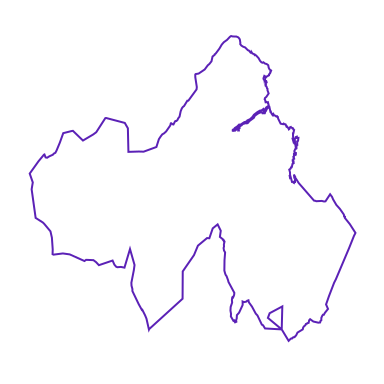 outline of Skien nor, Telemark, Norway, rotated 267°
{"feature_id": "86288312B28765776683305", "entity_name": "Skien nor", "entity_type": "district", "adm_level": 2, "iso_a3": "NOR", "parent_name": "Norway", "parent_adm1": "Telemark", "projection": "robinson", "projection_center": [9.524, 59.266], "detail": "fine", "context": "isolated", "style": "outline", "palette": "violet", "viewbox_px": 384, "rotation_deg": 267, "n_neighbors": 0, "source": "geoboundaries", "source_scale": "gbopen_adm2", "svg_char_len": 6047}
<svg xmlns="http://www.w3.org/2000/svg" viewBox="0 0 384 384"><g transform="rotate(267 192 192)"><path d="M259.3,76.3L259.2,75.1L257.5,66.5L248.2,62.6L240.5,58.9L238.3,57.6L237.5,55.9L236.5,55.0L235.1,51.4L233.8,49.1L234.2,47.6L237.2,46.6L237.0,46.1L230.7,40.3L218.9,30.9L209.9,33.5L203.1,32.0L174.3,34.5L169.4,41.4L168.0,42.7L160.1,48.6L153.7,49.7L141.9,49.9L137.2,49.5L136.7,50.4L137.4,59.8L136.1,66.6L128.7,81.0L129.8,82.7L129.1,90.0L127.0,92.5L123.8,95.2L127.7,109.1L123.5,110.7L121.3,112.4L120.8,113.6L120.9,117.1L120.0,120.6L138.3,127.1L122.1,130.8L116.9,129.8L104.5,126.7L101.6,126.7L98.2,127.4L96.2,127.3L82.8,132.9L76.8,135.8L77.0,136.2L71.3,138.7L67.9,139.9L56.9,141.8L57.3,142.0L85.9,177.0L113.2,178.6L128.9,190.7L138.1,195.1L145.2,204.6L144.9,206.9L154.6,210.8L158.3,215.9L151.8,218.7L145.7,217.5L143.4,220.1L142.7,220.3L142.6,220.8L141.6,221.1L141.9,221.3L140.8,221.9L138.0,221.1L135.8,221.1L134.4,220.6L131.9,220.9L129.9,221.9L122.3,220.9L111.8,220.2L108.6,220.9L107.2,221.4L106.2,222.1L102.0,223.4L100.3,223.7L89.1,229.0L87.1,228.7L85.4,228.0L84.4,227.4L84.9,226.9L84.7,226.7L82.2,226.2L79.5,226.3L75.2,224.6L71.6,224.2L68.3,224.6L65.7,224.3L61.2,226.6L61.6,227.3L59.6,228.2L60.1,229.5L61.7,229.3L63.2,230.0L66.7,230.4L69.0,232.7L76.2,236.5L76.8,236.7L80.0,236.8L79.3,238.2L79.7,240.5L80.5,241.4L80.9,242.7L78.9,243.0L74.4,245.9L67.2,249.3L65.3,250.9L55.9,254.8L55.2,256.0L51.9,257.8L50.1,274.4L38.3,280.7L40.3,282.9L40.6,283.6L40.4,284.1L41.5,285.3L41.5,285.8L42.0,286.6L41.8,286.9L43.4,288.5L46.1,290.0L49.0,295.4L50.8,295.9L51.9,296.7L53.0,298.2L54.2,298.8L54.4,299.8L55.0,300.3L55.2,301.6L57.8,302.3L58.8,303.3L56.3,306.4L54.9,311.3L55.0,313.1L56.6,313.6L57.1,314.4L59.6,314.6L61.6,315.6L62.6,316.4L62.5,317.2L64.4,318.4L68.1,321.7L72.7,320.0L81.0,323.4L94.0,329.2L97.3,331.1L127.9,346.0L139.6,351.4L142.6,353.1L151.7,347.9L158.1,343.3L159.3,343.5L159.6,343.1L159.4,342.8L159.6,342.6L161.4,342.5L162.1,342.1L167.4,338.8L171.5,335.5L177.3,332.5L179.8,331.6L182.5,329.8L175.7,324.8L175.6,323.4L176.3,321.1L176.3,315.6L176.7,314.9L177.0,313.4L195.4,299.0L199.7,296.6L199.4,295.8L199.0,295.5L196.7,295.4L196.9,294.7L195.7,294.3L195.9,294.0L196.8,294.1L196.8,292.4L201.8,291.3L201.2,290.6L202.9,290.4L202.9,290.8L206.5,290.9L209.3,290.3L210.1,291.6L211.1,292.0L211.2,292.5L212.0,292.7L212.0,293.1L214.8,293.8L215.1,294.4L215.6,294.4L215.6,295.0L217.0,295.0L217.6,294.2L218.4,294.2L218.4,294.6L219.2,294.8L219.2,295.2L220.3,295.2L220.3,295.6L221.4,295.2L221.4,295.6L224.5,295.8L223.6,297.4L224.2,297.7L225.6,297.8L226.1,296.7L227.5,296.3L229.7,297.5L229.6,297.8L230.0,298.6L230.5,298.7L231.9,298.4L231.7,297.9L233.9,297.7L233.9,298.1L232.9,298.4L232.8,299.0L233.6,299.2L233.6,299.6L236.9,299.6L236.9,300.1L237.7,300.6L240.5,301.1L240.5,299.8L241.8,299.6L241.4,298.5L240.3,298.5L240.1,297.7L239.4,297.4L235.0,297.5L235.0,297.1L235.6,297.1L235.8,296.2L239.7,295.3L239.5,296.2L240.0,296.4L240.0,296.0L241.7,295.8L245.3,295.9L245.3,296.3L248.6,297.2L248.9,296.7L249.7,296.5L250.0,295.9L250.6,295.9L251.1,294.4L251.8,294.1L251.5,293.2L249.8,292.5L249.5,292.0L251.1,291.6L250.7,291.5L252.9,290.0L252.6,289.7L254.7,288.9L254.8,288.0L255.3,287.4L255.0,287.3L254.9,286.7L255.6,284.1L260.7,281.9L262.5,281.6L262.7,280.8L263.2,280.8L263.2,279.8L263.8,279.4L264.2,278.1L265.5,277.4L264.6,276.9L265.2,276.5L264.9,276.3L266.4,275.4L268.2,274.9L268.1,274.5L272.6,273.8L271.7,271.5L268.8,269.9L268.3,269.2L267.5,269.1L267.0,268.6L267.2,268.4L266.9,268.5L266.9,266.9L267.6,267.0L267.6,266.1L267.8,265.4L267.8,264.1L266.9,262.0L264.9,258.8L262.8,257.6L260.0,253.3L258.6,251.9L258.5,251.3L257.9,251.2L257.7,250.5L257.9,250.4L258.0,249.7L257.2,246.3L255.9,244.9L255.5,243.9L254.6,243.0L254.1,242.9L253.5,242.4L253.0,242.7L252.4,241.8L251.0,242.0L251.0,241.4L253.0,241.6L254.0,242.1L254.8,241.9L253.8,240.3L252.7,239.6L252.4,239.7L252.7,240.0L252.2,239.9L251.7,239.1L251.9,238.8L251.0,238.2L251.0,237.9L251.6,238.1L251.4,237.3L251.7,237.2L250.9,236.2L251.0,235.9L251.8,235.9L252.4,236.6L252.5,237.5L253.6,238.0L255.1,240.6L256.9,242.6L256.7,243.9L259.1,248.0L259.2,249.1L260.0,250.6L260.6,251.0L261.7,253.8L263.8,256.3L265.9,257.9L268.4,261.5L269.8,264.3L269.7,265.5L271.0,267.4L269.1,267.6L269.2,268.4L270.5,269.3L270.8,269.1L272.6,270.6L274.3,273.2L277.4,272.6L277.2,272.3L277.6,272.2L278.3,270.7L277.7,270.5L277.7,270.2L280.2,269.8L280.8,269.4L282.0,269.8L283.1,271.2L286.4,273.7L289.6,272.7L291.1,272.8L291.5,272.4L293.5,271.9L294.2,271.1L294.9,271.3L294.9,271.0L296.1,270.9L297.5,272.3L298.0,272.2L298.3,272.1L298.0,271.8L298.2,271.2L298.9,271.3L298.9,270.8L299.8,270.8L299.3,270.4L299.9,270.4L299.8,270.1L300.4,270.0L300.7,269.5L301.8,269.3L304.2,270.3L303.8,270.9L303.1,270.8L302.1,271.4L302.9,272.2L303.2,272.2L304.5,275.0L305.4,275.0L306.2,276.0L307.8,276.5L307.6,276.7L309.2,277.4L310.3,275.9L312.1,275.1L314.5,274.8L314.9,274.5L315.9,273.2L316.5,271.5L317.8,270.1L317.4,269.1L317.9,268.1L319.5,266.8L322.2,265.5L325.0,263.2L325.5,262.4L325.4,262.0L325.9,261.9L325.9,261.5L326.5,261.1L327.1,259.6L328.7,258.7L328.0,258.5L328.0,257.9L330.2,256.3L330.7,255.2L333.6,252.6L334.4,250.7L335.7,248.9L337.2,247.9L338.4,248.1L341.5,247.8L342.6,247.4L344.0,246.3L344.9,244.5L345.2,240.8L345.7,239.2L345.0,238.0L342.1,235.0L339.9,231.6L337.6,229.4L333.8,226.9L329.0,222.9L328.3,221.9L327.8,221.8L326.2,219.6L321.5,218.3L318.9,216.0L317.7,214.4L313.7,211.1L309.9,204.8L309.6,201.9L309.4,201.6L309.0,201.4L306.5,201.3L296.5,202.3L294.2,201.9L283.6,193.3L283.3,192.8L283.4,192.1L278.3,188.6L277.3,187.2L276.0,186.2L273.2,184.9L267.9,183.5L266.3,182.1L264.6,181.2L263.7,180.1L263.8,179.5L263.5,178.8L260.4,177.0L260.5,176.5L261.8,174.7L261.6,174.4L259.6,173.8L253.8,169.3L252.0,167.1L251.1,165.3L249.2,163.7L246.5,161.7L238.8,158.8L234.8,145.8L235.2,140.9L235.4,130.6L259.0,131.3L264.5,128.5L270.4,110.1L270.3,109.3L256.7,99.5L254.6,96.3L249.1,85.8L259.3,76.3ZM50.1,274.4L62.3,261.2L66.9,263.2L73.0,276.2L50.1,274.4ZM204.1,294.7L200.9,294.9L200.9,295.3L201.5,295.3L201.2,295.8L201.5,295.9L204.1,294.7Z" fill="none" stroke="#5b21b6" stroke-width="2"/></g></svg>